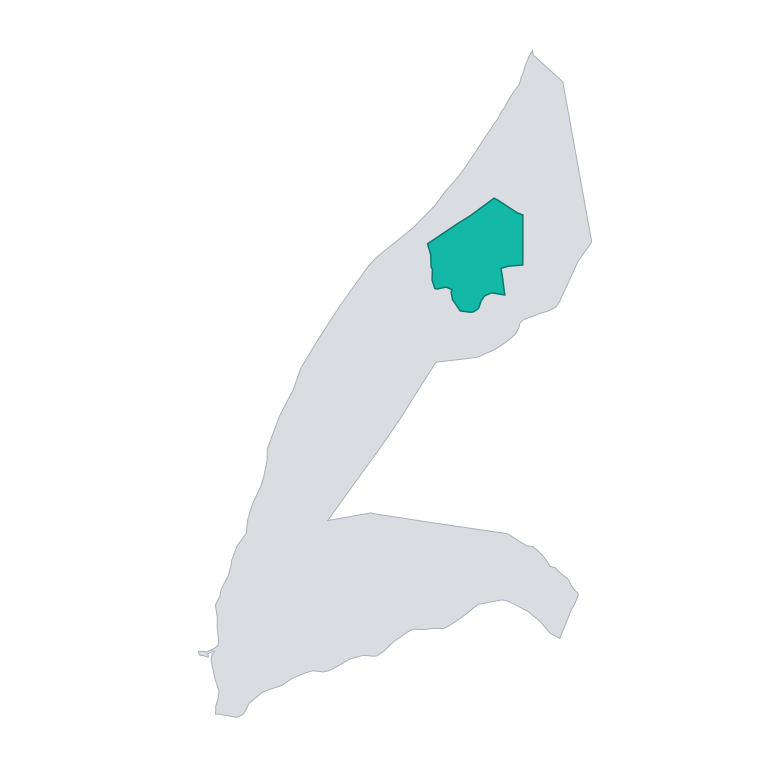 location of Bay within Somalia, rotated 170°
{"feature_id": "SOM-2313", "entity_name": "Bay", "entity_type": "Region", "adm_level": 1, "iso_a3": "SOM", "parent_name": "Somalia", "parent_adm1": "", "projection": "mercator", "projection_center": [43.708, 2.69], "detail": "fine", "context": "in_parent", "style": "filled", "palette": "teal", "viewbox_px": 768, "rotation_deg": 170, "n_neighbors": 0, "source": "natural_earth", "source_scale": "10m", "svg_char_len": 2985}
<svg xmlns="http://www.w3.org/2000/svg" viewBox="0 0 768 768"><g transform="rotate(170 384 384)"><path d="M180.0,683.1L179.3,681.3L175.1,675.9L167.3,665.8L161.4,658.2L155.4,650.4L155.4,644.2L155.3,625.7L155.2,588.6L155.0,551.5L154.9,514.5L154.8,495.9L154.8,488.3L155.4,487.1L162.3,480.3L171.4,471.3L183.3,454.2L189.8,444.9L195.2,437.1L196.6,434.7L201.4,430.0L210.3,427.2L215.9,426.8L235.1,423.2L238.0,421.8L239.6,420.2L241.2,416.5L245.0,411.3L249.8,407.7L259.0,403.0L267.9,399.0L269.9,398.4L280.7,395.9L283.4,395.1L287.8,394.2L289.5,394.2L304.5,395.0L316.2,395.7L328.3,396.4L329.6,395.9L338.1,386.6L351.5,371.9L360.1,362.5L373.3,347.9L383.5,337.4L394.8,325.8L405.7,315.2L418.9,302.4L427.2,294.3L440.1,281.8L452.3,269.9L463.2,259.3L448.2,259.3L433.6,259.3L419.2,259.3L416.6,258.0L404.6,254.0L389.2,248.8L370.2,242.3L356.7,237.7L342.2,232.9L327.5,228.1L316.0,224.3L301.7,219.5L289.3,215.4L287.5,214.3L280.6,208.0L271.6,199.7L269.8,199.6L265.5,197.8L261.6,193.3L257.6,187.6L253.9,180.4L252.3,175.5L247.3,173.4L244.9,169.6L240.4,163.9L237.3,161.1L236.2,158.7L234.8,153.6L232.2,148.2L229.7,144.8L229.2,143.3L229.3,142.4L233.9,135.0L235.9,132.3L238.2,129.8L240.2,127.2L240.9,125.5L246.4,116.7L251.3,109.0L255.1,103.0L263.7,109.9L272.0,123.8L281.8,135.1L295.2,145.5L300.5,149.1L305.2,150.9L329.7,150.6L347.1,141.1L362.8,134.2L368.1,132.8L377.3,134.7L387.4,135.2L396.4,137.3L401.0,136.8L419.0,128.8L430.3,121.0L438.0,117.6L441.0,117.6L451.5,120.4L465.0,119.2L483.4,112.4L489.3,111.1L493.8,111.0L503.9,114.0L505.4,113.8L510.9,113.3L525.2,110.1L536.4,105.2L556.9,101.7L572.6,92.8L575.3,88.5L580.1,83.1L586.9,81.3L604.5,87.7L607.3,88.2L606.3,92.0L605.7,95.9L602.1,102.8L599.8,110.4L601.5,122.0L602.3,140.8L601.8,143.5L600.7,146.2L600.2,148.3L598.3,149.1L597.5,150.3L598.9,150.8L604.4,148.7L604.2,146.5L604.6,145.4L609.1,147.9L612.3,148.9L613.2,151.3L613.0,152.9L607.9,152.1L605.3,150.9L597.7,152.9L593.0,155.2L591.6,158.8L590.5,173.5L588.7,183.1L588.4,195.7L582.2,204.0L580.2,209.9L571.0,221.6L566.2,231.7L564.7,236.6L556.6,250.3L545.6,260.9L541.6,274.3L537.6,282.7L533.2,290.4L523.5,304.0L518.5,313.4L512.2,329.8L510.3,340.1L492.7,370.2L474.4,394.1L463.1,414.2L442.7,437.5L414.8,467.6L378.5,503.3L368.6,510.5L328.7,532.5L302.9,551.0L289.7,563.5L275.8,574.4L264.8,584.8L231.6,619.9L228.2,623.2L225.0,626.3L220.8,632.2L217.9,634.6L209.9,644.6L205.0,649.8L199.4,654.9L197.1,658.6L195.4,662.8L193.5,665.1L188.5,675.0L184.1,681.6L179.8,686.7L180.0,683.1Z" fill="#d9dde1" stroke="#a8b0b8" stroke-width="1"/><path d="M286.1,439.6L296.2,442.7L301.0,453.3L301.9,455.1L301.9,463.0L300.6,465.2L306.3,468.7L315.1,468.3L317.3,469.2L318.6,478.0L316.4,488.5L317.3,491.2L315.5,503.1L316.8,514.5L283.0,529.5L269.8,534.7L258.3,540.5L243.4,547.9L239.9,545.3L223.2,529.5L217.9,526.4L222.7,499.1L224.0,491.6L226.7,477.1L241.2,478.4L248.7,477.5L248.7,470.0L249.6,450.7L262.3,455.1L269.8,453.3L274.2,448.5L277.3,442.7L279.0,441.4L283.0,439.6L286.1,439.6Z" fill="#14b8a6" stroke="#0f766e" stroke-width="1.5"/></g></svg>